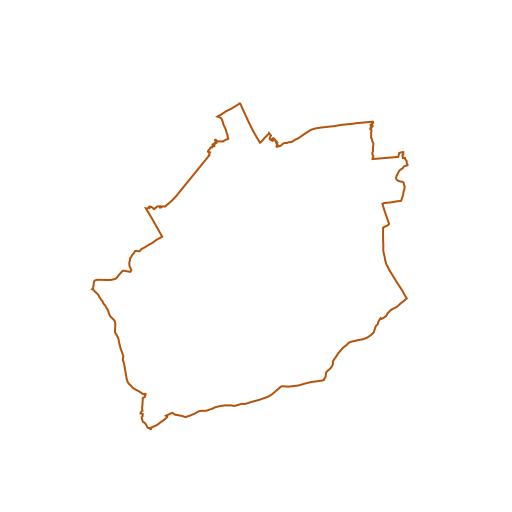 the district of Boghicea, Neamt, Romania, rotated 151°
{"feature_id": "2599482B80770086652967", "entity_name": "Boghicea", "entity_type": "district", "adm_level": 2, "iso_a3": "ROU", "parent_name": "Romania", "parent_adm1": "Neamt", "projection": "orthographic", "projection_center": [27.101, 47.06], "detail": "fine", "context": "isolated", "style": "outline", "palette": "amber", "viewbox_px": 512, "rotation_deg": 151, "n_neighbors": 0, "source": "geoboundaries", "source_scale": "gbopen_adm2", "svg_char_len": 6063}
<svg xmlns="http://www.w3.org/2000/svg" viewBox="0 0 512 512"><g transform="rotate(151 256 256)"><path d="M434.0,158.2L431.9,156.5L432.3,155.8L431.7,155.6L431.3,155.9L430.7,156.7L424.5,156.2L421.8,156.5L420.0,156.9L418.1,157.0L413.5,157.7L411.8,158.2L411.6,158.4L412.2,160.0L405.2,159.4L403.6,156.3L401.8,155.0L397.9,151.6L395.6,149.1L394.4,149.1L391.6,148.5L385.2,147.8L383.4,148.0L380.8,147.8L378.4,146.9L375.9,145.4L374.5,144.8L368.7,143.7L364.6,143.4L360.0,142.1L355.8,140.5L350.3,137.5L348.3,135.8L347.2,135.2L340.2,133.6L339.3,133.2L337.7,132.0L328.2,130.0L323.4,128.7L314.0,127.1L309.5,127.2L299.5,129.2L298.2,129.6L296.9,129.6L295.1,128.7L291.3,126.2L284.3,123.2L281.0,122.0L273.7,120.4L268.3,118.8L258.3,114.9L256.5,114.7L256.3,115.3L254.5,116.2L253.3,117.1L251.9,119.3L250.5,120.5L245.9,121.5L243.6,122.4L241.4,123.8L240.2,125.9L239.5,126.7L238.4,127.4L235.2,128.9L231.3,131.0L227.1,132.6L223.8,133.7L219.9,134.2L217.6,135.0L215.1,135.1L207.4,132.9L203.5,131.5L198.5,130.7L195.8,130.9L191.5,131.6L190.2,132.1L188.5,133.5L186.8,135.3L185.9,136.1L184.6,136.8L182.9,137.1L182.5,137.4L180.7,139.3L179.8,139.9L177.2,141.2L177.0,140.2L174.1,140.1L172.8,140.2L170.8,140.6L168.7,142.1L167.5,142.3L166.4,142.8L164.6,143.3L162.7,143.5L158.4,143.2L156.7,143.4L153.0,144.3L147.2,145.3L145.8,145.8L144.7,145.8L144.9,150.1L144.8,154.0L145.7,167.2L146.1,176.9L146.2,180.5L146.0,183.5L146.1,185.0L145.9,186.4L145.0,189.8L143.7,193.5L143.0,196.2L142.1,199.0L139.3,203.9L137.0,208.6L131.1,219.2L129.4,219.3L128.1,219.0L126.3,219.0L125.0,219.1L124.3,219.4L124.0,219.8L121.5,234.2L120.1,240.4L119.3,240.4L118.4,240.2L111.5,237.3L105.6,235.3L103.6,234.3L102.2,234.0L101.8,234.3L97.5,238.4L95.4,241.2L93.4,242.9L93.0,243.8L92.5,244.2L92.2,245.1L92.1,246.2L91.4,248.4L91.4,249.0L92.0,249.8L94.2,251.7L95.2,252.9L95.8,254.4L96.0,255.4L95.7,256.5L93.4,258.5L89.4,261.1L87.9,261.5L85.2,261.6L83.4,262.5L82.5,262.6L79.7,261.9L79.3,262.0L79.2,262.3L79.2,263.6L79.1,264.1L78.6,265.2L78.2,266.2L78.3,267.0L78.5,268.2L78.4,269.1L78.2,269.6L80.0,270.5L79.0,273.4L78.7,273.5L78.0,273.3L76.8,275.5L79.7,276.5L80.6,276.6L81.1,276.4L83.5,273.7L107.1,284.3L106.2,285.4L105.2,286.1L104.9,287.0L105.0,288.2L104.7,289.0L104.0,290.1L102.9,290.9L102.0,292.7L98.8,297.3L98.6,299.9L97.9,302.4L98.0,303.8L96.5,306.1L95.8,307.7L94.1,309.7L94.0,310.7L94.5,311.2L94.6,311.4L94.4,311.9L93.2,312.1L93.5,312.7L92.9,313.3L92.3,312.7L92.1,312.9L92.0,313.4L91.9,313.5L91.4,313.0L91.1,313.0L91.1,313.3L91.3,314.0L90.8,314.0L90.7,314.2L90.7,314.4L91.1,314.6L92.3,314.4L92.4,314.6L92.3,315.0L92.0,315.3L91.8,315.2L91.6,314.7L91.1,315.1L90.6,315.1L90.1,315.8L89.1,315.7L88.8,316.0L88.6,316.8L104.1,323.6L106.9,324.6L117.5,329.2L124.7,331.7L135.1,336.1L140.0,338.0L143.6,339.1L146.2,339.6L148.1,339.6L152.7,339.4L162.7,338.4L164.6,338.8L168.9,338.5L170.1,338.7L172.2,339.7L174.2,339.8L175.1,340.5L177.0,341.1L178.0,341.2L179.6,340.7L181.6,340.5L182.2,340.8L184.8,341.3L185.0,341.7L184.8,342.1L184.0,342.4L183.9,342.5L184.0,342.6L184.0,342.8L183.3,342.9L183.1,343.1L183.4,344.3L183.3,344.6L182.5,344.8L182.6,345.1L183.2,345.4L182.4,346.2L182.6,346.7L183.3,347.0L183.3,347.5L183.0,348.4L183.1,348.9L183.9,349.1L183.9,349.4L183.5,350.2L183.5,350.5L184.0,350.8L185.5,350.4L184.9,349.8L184.8,349.4L185.0,349.1L185.6,348.7L187.1,350.8L187.2,351.7L187.0,352.2L185.2,353.8L184.5,354.1L185.0,357.1L185.3,356.8L190.9,355.2L194.9,353.7L196.3,353.3L197.6,353.2L197.9,362.7L197.8,370.4L197.4,377.9L195.9,396.9L196.2,397.3L206.0,396.8L211.5,397.1L217.6,396.7L222.1,396.6L220.6,395.0L219.8,393.8L219.7,393.2L219.8,390.7L220.6,387.3L220.8,385.9L221.2,380.6L222.0,378.1L222.2,375.6L223.0,374.2L223.4,372.1L223.7,371.9L226.0,372.3L227.1,372.2L228.5,372.4L229.2,372.1L234.1,374.9L234.7,376.1L234.8,376.6L234.7,377.1L234.8,377.3L235.3,377.4L235.7,377.2L235.7,376.2L235.5,375.8L235.0,375.3L234.9,375.0L235.7,374.1L236.4,374.5L237.1,374.2L237.2,374.8L237.5,374.9L238.9,374.4L239.9,374.6L240.2,374.4L240.2,373.9L239.3,373.8L238.7,373.1L238.9,372.6L239.2,372.2L239.5,372.3L240.1,372.8L240.5,372.9L241.0,372.9L241.7,372.2L242.0,372.2L242.2,372.3L242.5,372.9L242.8,372.9L243.9,372.5L244.4,372.1L247.2,371.0L247.4,370.6L247.3,370.0L246.2,369.3L246.0,369.0L247.1,368.4L247.4,367.7L247.9,367.3L247.8,366.8L248.3,366.6L297.5,346.8L303.1,345.1L309.5,343.8L311.9,343.4L312.7,344.2L313.4,344.6L315.6,344.5L315.7,344.8L315.3,345.5L315.4,345.9L315.7,346.0L315.9,345.7L316.2,345.0L316.5,345.0L316.5,346.2L316.6,346.3L317.9,347.1L318.7,347.2L319.7,346.8L320.9,346.8L322.3,346.3L322.6,346.5L322.8,347.6L323.7,349.6L324.9,350.8L325.6,350.8L325.6,350.0L326.0,349.7L326.5,350.1L328.6,350.5L329.2,351.0L328.8,338.0L328.7,318.3L334.3,318.4L336.2,318.3L339.3,317.8L342.2,317.7L343.7,317.8L349.3,317.5L351.9,317.6L353.5,317.4L355.6,316.6L356.1,316.8L357.7,318.3L359.5,318.9L361.6,317.6L363.1,317.2L365.9,315.6L367.0,315.2L368.5,313.2L370.3,311.3L371.4,308.8L371.6,307.3L371.7,305.1L371.8,304.3L372.3,303.8L373.6,303.1L377.6,306.2L378.8,307.3L379.4,307.6L380.9,307.4L384.7,306.0L388.4,304.4L389.2,304.2L390.4,304.3L393.9,305.2L396.3,306.3L406.6,312.3L409.1,312.7L410.2,311.9L411.1,310.9L411.5,310.2L414.2,306.7L414.8,306.4L415.4,306.4L414.6,305.0L413.8,302.0L413.0,299.6L412.7,297.7L412.9,295.6L412.6,294.3L412.6,292.4L412.2,291.1L412.5,288.9L412.4,287.9L412.0,286.1L411.9,284.6L412.0,283.3L411.8,282.0L411.8,280.4L412.0,279.2L412.4,277.7L412.7,274.4L412.4,272.9L411.3,269.0L411.2,268.4L411.2,267.2L411.8,265.3L412.2,264.3L415.9,258.6L416.3,257.5L416.4,256.4L416.2,255.0L416.3,251.4L416.7,249.4L417.6,247.0L419.4,240.2L419.8,237.1L420.4,233.6L420.8,232.4L423.0,229.7L423.0,228.8L423.5,226.1L428.7,211.1L429.3,208.3L429.1,205.9L428.2,202.9L427.9,201.3L427.4,199.8L423.4,193.3L421.9,190.3L421.0,189.4L419.7,189.2L419.4,189.0L419.4,188.9L419.9,188.1L421.3,187.1L421.8,186.5L423.7,186.7L423.9,186.6L427.4,181.0L429.4,178.1L429.9,177.0L430.3,175.7L431.2,175.7L433.3,174.5L433.3,174.2L431.7,172.7L432.8,171.0L434.1,170.5L434.3,170.2L434.8,168.6L435.2,166.2L435.2,165.7L434.2,163.8L433.9,161.5L434.0,158.2Z" fill="none" stroke="#b45309" stroke-width="2"/></g></svg>